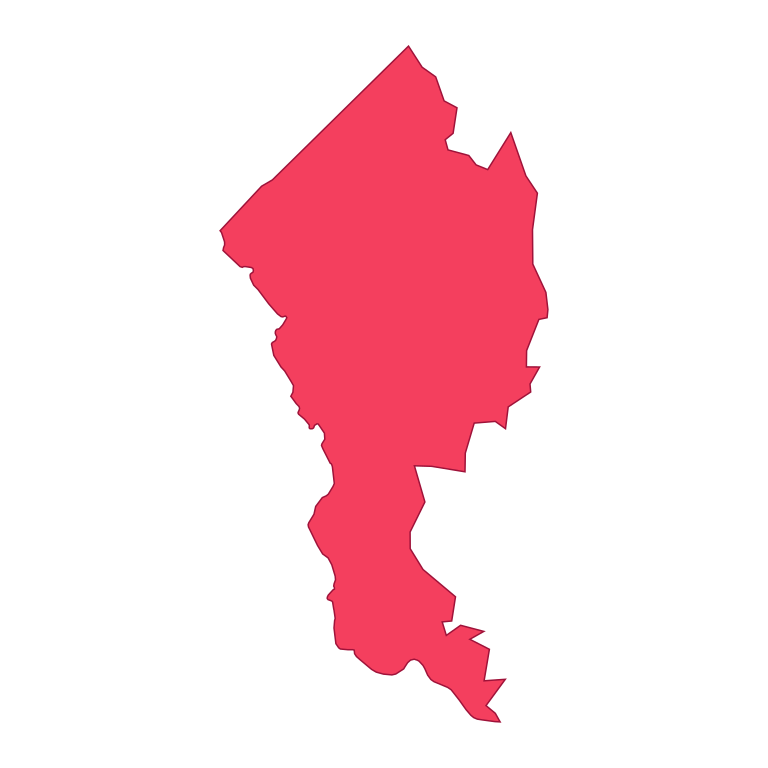 outline of Jasper, South Carolina, United States of America
{"feature_id": "52423323B27439582532785", "entity_name": "Jasper", "entity_type": "district", "adm_level": 2, "iso_a3": "USA", "parent_name": "United States of America", "parent_adm1": "South Carolina", "projection": "equal_earth", "projection_center": [-81.085, 32.394], "detail": "fine", "context": "isolated", "style": "filled", "palette": "rose", "viewbox_px": 768, "rotation_deg": 0, "n_neighbors": 0, "source": "geoboundaries", "source_scale": "gbopen_adm2", "svg_char_len": 2637}
<svg xmlns="http://www.w3.org/2000/svg" viewBox="0 0 768 768"><path d="M220.1,230.7L221.5,232.5L224.4,241.3L224.6,242.3L224.6,245.1L223.6,247.5L223.0,250.5L240.1,266.6L242.3,267.3L243.7,266.6L245.7,266.6L251.3,267.5L253.0,268.5L253.4,270.8L252.9,272.3L251.5,273.1L250.3,274.2L250.1,275.4L250.4,278.2L253.7,285.2L258.0,289.5L268.7,303.8L277.5,313.9L281.1,316.6L282.8,316.9L285.1,316.1L285.9,316.3L286.8,317.6L286.4,318.7L282.7,324.9L279.2,328.8L276.8,329.3L275.8,330.4L275.3,331.9L275.3,333.5L275.9,335.0L276.7,336.4L276.7,337.4L276.3,338.9L275.6,340.4L274.3,341.4L272.3,342.5L271.5,344.0L273.8,355.4L281.0,367.0L284.7,371.0L290.9,381.1L293.5,385.6L292.9,392.3L290.8,396.3L291.4,397.0L296.2,403.6L299.1,406.6L299.6,408.4L299.1,410.2L298.3,411.9L298.0,412.9L298.6,414.2L304.5,419.1L309.2,424.8L309.3,426.0L309.2,427.5L309.4,428.2L309.7,428.5L310.0,428.7L310.5,428.8L311.3,428.8L312.4,428.7L313.5,428.0L313.9,427.2L314.5,425.4L317.0,423.8L318.1,424.0L319.2,425.4L324.4,433.1L324.8,439.2L322.0,443.7L321.5,445.4L322.9,448.8L330.2,463.2L331.2,463.7L331.9,465.1L332.4,466.8L334.1,481.7L334.3,483.5L333.0,486.5L328.3,494.2L326.3,495.8L322.3,497.6L315.7,506.4L314.0,514.2L308.8,522.7L308.1,524.7L308.5,527.0L310.3,530.6L315.2,540.7L317.6,545.6L322.2,553.2L322.7,554.0L328.1,557.9L331.8,564.8L335.2,576.2L335.5,579.9L334.1,583.8L333.7,586.1L334.4,587.6L334.4,589.2L333.2,589.7L330.8,592.3L328.2,595.2L327.3,597.2L327.2,598.5L328.0,599.6L331.8,601.0L332.6,602.0L333.7,608.8L334.0,610.1L335.2,618.4L334.6,620.6L334.0,628.0L335.9,643.7L338.7,647.8L340.3,649.0L347.8,649.7L352.8,649.7L354.2,650.1L354.6,653.7L356.5,656.6L357.0,657.0L359.8,659.5L371.6,669.4L376.2,672.1L383.4,674.1L391.9,674.9L395.8,674.0L403.7,668.9L404.7,667.2L407.6,662.7L410.5,660.1L414.2,659.2L417.4,660.2L419.1,661.2L423.0,665.4L424.8,668.6L427.7,675.2L430.9,679.5L434.0,681.7L447.7,687.4L451.2,689.8L459.2,700.0L466.1,709.7L470.9,715.3L473.7,717.6L477.2,719.1L482.3,719.9L494.8,721.6L500.1,721.9L495.3,713.3L486.0,705.6L505.3,679.3L484.1,680.8L489.4,649.3L469.8,639.3L483.8,631.4L460.6,625.3L446.3,635.4L442.2,621.9L451.7,621.0L455.5,596.8L423.0,569.5L410.2,548.7L410.1,532.0L424.9,502.0L414.4,465.8L431.6,466.3L465.0,471.8L465.3,453.1L474.2,423.1L495.3,421.4L505.5,428.7L508.2,406.9L530.7,392.0L530.0,384.0L539.6,367.0L526.4,366.9L526.6,350.6L538.9,319.4L547.1,317.7L547.9,309.6L545.9,292.4L532.8,264.1L532.5,229.7L537.4,193.2L525.9,175.9L510.8,132.6L487.7,169.6L476.1,164.9L468.8,155.5L448.0,149.9L445.2,139.7L453.1,133.3L457.0,107.8L444.1,100.9L435.7,76.9L422.1,67.2L408.5,46.1L272.4,179.9L261.6,186.2L220.1,230.7Z" fill="#f43f5e" stroke="#9f1239" stroke-width="1.5"/></svg>